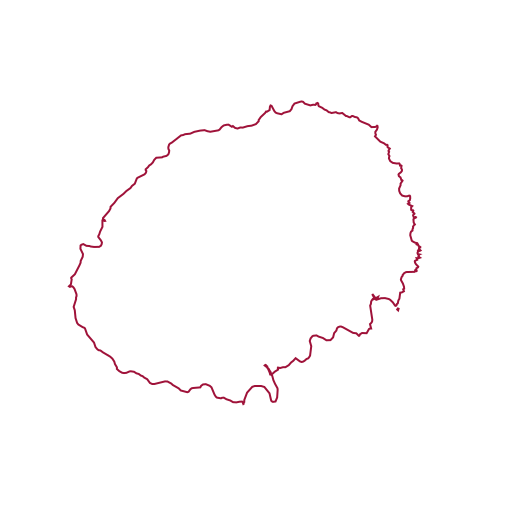 Aneityum, Tafea, Vanuatu (Mercator projection), rotated 314°
{"feature_id": "77236927B63418931336998", "entity_name": "Aneityum", "entity_type": "district", "adm_level": 2, "iso_a3": "VUT", "parent_name": "Vanuatu", "parent_adm1": "Tafea", "projection": "mercator", "projection_center": [169.832, -20.195], "detail": "fine", "context": "isolated", "style": "outline", "palette": "rose", "viewbox_px": 512, "rotation_deg": 314, "n_neighbors": 0, "source": "geoboundaries", "source_scale": "gbopen_adm2", "svg_char_len": 6128}
<svg xmlns="http://www.w3.org/2000/svg" viewBox="0 0 512 512"><g transform="rotate(314 256 256)"><path d="M274.3,385.8L277.3,389.2L282.0,388.0L282.7,388.2L283.8,389.2L286.2,385.3L287.8,385.4L289.4,385.1L290.9,384.0L299.6,372.6L301.4,371.9L303.2,370.5L304.5,370.1L306.2,369.9L306.5,370.7L307.2,370.9L308.2,369.6L308.9,367.2L309.5,366.1L308.7,371.2L309.0,371.5L311.4,372.2L310.3,372.7L308.0,372.4L308.0,372.9L312.5,375.3L315.3,378.0L317.3,381.4L317.7,383.0L317.7,386.7L316.9,390.5L317.2,391.2L318.1,391.3L319.2,390.7L320.4,390.9L322.9,389.3L324.9,388.8L329.8,385.2L331.1,386.2L333.4,386.9L334.3,385.0L335.4,385.3L336.7,383.8L338.2,380.9L339.3,377.2L339.8,376.5L341.9,375.4L343.7,375.2L344.2,374.7L346.7,374.5L348.8,375.2L354.7,381.0L355.6,380.8L356.1,381.7L356.7,382.0L357.0,381.8L356.8,380.4L358.0,380.5L358.6,379.9L360.4,380.4L361.1,380.1L361.2,376.8L361.7,375.0L362.6,373.8L363.0,373.7L365.2,374.6L366.0,373.0L366.9,374.2L368.7,375.1L368.4,373.3L369.2,373.1L369.6,372.0L370.6,372.4L369.8,371.1L370.3,370.1L371.5,369.5L372.5,369.8L372.4,368.8L372.8,368.7L373.9,370.4L374.3,370.5L374.3,368.3L375.5,367.4L376.3,368.2L376.6,368.0L376.2,365.8L376.9,364.5L376.1,364.0L375.9,363.4L377.1,362.8L376.0,361.0L375.2,358.0L375.3,357.3L378.1,352.5L379.8,351.2L381.3,350.6L383.0,350.9L383.9,350.0L385.4,349.5L386.1,348.6L387.8,348.2L389.0,348.4L389.6,346.2L391.8,343.7L393.3,343.7L394.5,344.3L395.0,344.2L394.9,343.7L393.6,342.9L393.5,342.4L394.4,340.7L395.4,340.4L396.2,340.7L396.6,340.5L396.5,338.2L397.9,337.7L398.0,337.3L397.0,336.0L397.0,335.5L398.9,333.7L400.4,333.7L399.1,330.1L399.1,329.1L400.8,329.5L400.9,327.8L401.3,327.5L402.9,327.9L404.6,326.9L406.1,325.3L406.2,324.7L405.8,324.2L404.0,323.3L402.5,321.8L401.0,319.2L401.2,316.2L402.3,313.8L403.9,312.1L407.4,310.8L408.5,309.7L412.0,309.1L412.1,308.6L411.6,307.9L412.9,305.4L412.7,303.3L413.6,301.9L414.3,301.7L417.0,302.1L418.7,301.8L419.6,300.9L420.0,299.4L422.0,298.0L421.9,297.4L421.1,296.7L421.9,295.7L422.1,294.7L420.3,293.0L418.0,289.7L417.5,286.7L418.5,283.9L419.6,283.0L420.6,282.6L421.2,280.4L423.4,279.4L423.6,278.3L424.0,278.1L426.2,277.6L425.7,275.4L425.8,274.8L427.1,273.7L427.1,273.1L426.2,272.2L426.0,269.8L424.6,266.0L424.7,258.5L426.5,258.1L427.1,256.7L428.2,255.6L430.9,255.2L433.0,254.2L433.9,253.1L433.8,252.6L432.7,252.6L431.5,252.0L428.9,249.5L428.8,245.9L426.0,238.9L425.2,236.1L426.0,233.7L425.8,232.2L424.7,230.6L423.9,228.3L423.2,227.7L421.2,227.4L420.7,226.8L419.7,224.0L419.2,223.5L418.8,218.7L416.5,217.0L415.4,215.3L415.0,213.6L411.3,211.0L410.7,209.4L410.0,208.4L409.8,205.6L408.9,203.5L408.6,200.7L407.4,197.1L407.7,196.2L408.9,194.8L408.8,193.9L407.6,193.4L406.9,193.8L406.0,193.8L404.5,192.0L402.1,190.5L399.5,185.3L399.6,182.8L398.9,181.5L397.6,180.6L392.4,177.8L389.1,178.2L386.3,179.5L383.6,179.7L378.3,176.5L375.7,175.9L373.4,172.1L372.8,170.5L373.0,168.5L374.8,162.9L374.4,161.9L373.1,162.3L370.4,164.4L367.3,163.6L367.0,162.9L366.7,162.9L365.3,163.2L359.3,162.9L355.6,163.5L354.8,164.3L350.8,164.3L346.7,162.3L343.5,159.7L339.2,157.3L337.5,155.4L334.9,154.2L333.6,152.0L333.4,149.1L332.2,148.9L331.4,145.0L330.1,143.8L327.7,142.2L326.4,141.9L324.6,141.7L321.6,142.0L320.2,141.6L313.6,136.8L312.0,134.3L310.8,131.6L307.4,128.7L302.5,125.4L298.3,123.7L294.4,120.4L292.3,119.5L290.7,118.3L279.2,116.7L276.9,116.0L275.8,116.1L273.4,117.3L272.2,118.6L271.6,120.3L270.2,121.4L268.6,122.2L267.2,122.3L265.7,122.0L262.9,120.2L261.7,119.9L257.4,116.0L254.5,116.0L251.6,116.8L249.0,116.8L246.9,116.3L244.8,116.6L241.7,116.4L241.1,117.1L241.0,118.0L240.4,118.5L239.2,119.0L237.3,119.1L229.8,116.4L228.8,116.5L223.8,118.6L220.2,118.1L217.7,118.5L212.7,117.6L208.6,117.5L201.6,116.4L195.8,117.2L190.4,117.2L189.1,118.3L186.2,119.1L177.0,119.6L176.1,120.5L176.7,122.0L176.4,123.0L175.9,122.6L175.7,120.9L175.0,120.7L170.3,125.3L165.3,126.9L162.7,128.2L160.6,128.8L160.1,129.4L159.5,133.5L158.8,135.7L157.4,136.7L155.7,137.3L153.6,136.8L150.0,133.2L148.0,130.5L147.5,129.3L145.5,126.9L144.6,123.5L142.8,122.6L141.7,122.5L139.2,124.7L137.2,130.2L135.0,131.9L130.7,133.3L129.3,134.5L126.6,135.5L117.0,138.4L112.1,138.1L111.5,138.7L111.2,139.6L107.4,142.3L106.8,142.6L104.3,142.5L104.5,143.6L105.6,144.0L106.6,145.0L106.6,146.6L106.2,148.4L103.8,153.4L102.6,154.7L101.1,155.4L99.9,156.6L92.7,160.2L91.1,163.3L86.0,169.3L83.6,173.8L83.3,175.8L84.4,180.7L85.1,182.4L85.1,183.3L82.2,189.1L81.2,199.6L79.0,203.8L78.7,206.6L78.9,208.2L79.8,209.4L80.1,210.5L80.3,212.6L82.3,221.0L82.4,224.0L81.6,227.4L80.3,229.6L79.3,233.3L78.1,234.4L78.2,237.6L79.0,240.8L80.1,242.4L81.9,243.9L85.1,245.2L86.1,246.0L88.0,248.7L88.5,251.4L89.7,253.6L90.0,256.2L90.8,257.9L90.9,260.1L91.8,263.3L91.0,267.9L91.8,270.2L93.3,271.8L102.5,277.6L104.2,279.4L105.4,283.7L105.4,285.7L107.1,292.4L107.0,295.3L110.3,301.2L111.5,301.8L114.6,301.4L116.1,301.6L117.3,302.4L122.8,307.2L124.5,306.7L126.8,307.1L128.9,308.9L130.5,312.9L130.6,315.2L127.5,322.4L126.9,324.8L127.0,326.3L129.3,329.7L130.3,330.0L131.7,331.2L132.4,334.2L134.2,337.9L134.9,341.0L137.0,343.5L139.9,345.5L141.6,347.1L141.6,347.8L140.7,349.7L141.1,349.8L141.9,348.9L142.8,349.0L144.3,347.6L151.5,344.5L159.3,344.2L161.6,345.4L166.0,349.9L167.6,353.0L166.6,361.1L162.7,367.1L162.4,368.1L162.8,369.5L164.9,371.1L168.9,369.5L174.7,364.6L175.8,363.3L177.3,358.4L178.8,354.7L181.1,350.9L181.2,349.4L180.6,348.5L181.5,347.1L183.1,343.4L183.6,341.1L183.3,338.3L184.2,338.4L184.4,338.8L184.1,339.2L184.4,340.8L183.7,341.7L183.5,344.2L183.1,344.9L182.7,347.0L181.8,348.7L181.9,349.6L186.0,349.9L189.6,350.8L190.1,350.4L190.5,349.5L191.0,349.3L192.2,351.2L194.8,352.7L196.4,354.4L200.2,355.4L203.8,355.2L206.4,355.6L210.0,355.5L210.7,360.8L211.4,362.4L212.6,363.2L214.3,363.7L217.1,363.9L218.4,364.6L219.7,364.6L221.9,364.1L229.5,358.4L232.2,353.7L234.7,352.5L237.5,352.3L238.4,352.6L240.9,354.7L241.5,357.0L243.5,361.1L244.3,365.2L247.2,368.0L251.0,368.0L254.8,365.8L258.2,365.6L260.2,364.5L261.9,364.5L263.6,365.4L264.3,366.1L265.1,368.0L268.1,379.2L270.1,381.9L270.0,385.4L270.4,385.7L272.1,385.2L274.3,385.8ZM315.6,394.7L315.6,396.0L317.1,395.2L316.8,394.5L315.6,394.7Z" fill="none" stroke="#9f1239" stroke-width="2"/></g></svg>